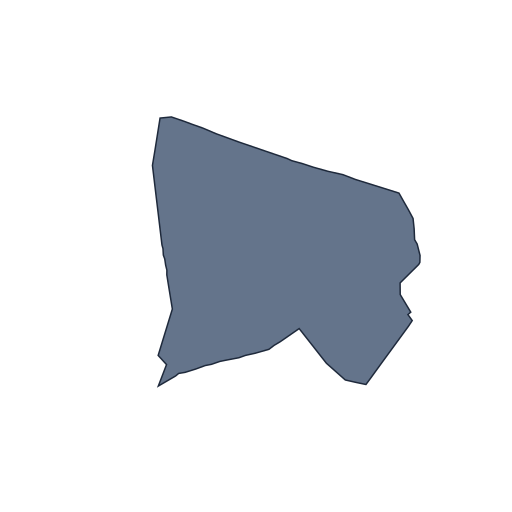 the district of Aleg, Brakna, Mauritania, rotated 326°
{"feature_id": "47542326B53604404291210", "entity_name": "Aleg", "entity_type": "district", "adm_level": 2, "iso_a3": "MRT", "parent_name": "Mauritania", "parent_adm1": "Brakna", "projection": "equal_earth", "projection_center": [-13.702, 17.041], "detail": "fine", "context": "isolated", "style": "filled", "palette": "slate", "viewbox_px": 512, "rotation_deg": 326, "n_neighbors": 0, "source": "geoboundaries", "source_scale": "gbopen_adm2", "svg_char_len": 997}
<svg xmlns="http://www.w3.org/2000/svg" viewBox="0 0 512 512"><g transform="rotate(326 256 256)"><path d="M409.7,283.8L381.2,248.1L373.5,237.1L363.0,226.0L353.3,214.6L346.5,205.8L338.9,196.9L336.5,192.9L305.2,151.5L291.2,132.2L283.5,120.3L276.7,111.1L271.7,104.1L263.6,93.4L253.6,88.0L231.2,112.0L220.8,123.0L184.2,194.3L183.0,197.9L179.7,203.4L178.7,207.4L177.7,209.5L176.0,213.0L174.2,217.9L171.5,221.8L170.3,224.4L167.5,230.4L157.0,253.2L119.3,283.7L121.1,296.0L102.3,309.2L122.3,310.5L126.2,310.1L132.1,312.8L137.1,314.3L142.8,316.0L152.6,318.4L158.5,320.9L167.1,323.2L172.9,325.6L185.0,330.8L191.7,332.5L200.8,336.1L214.6,340.6L221.1,340.2L228.0,340.6L251.2,340.3L254.4,384.3L260.7,408.7L268.2,416.7L275.3,424.0L282.1,421.6L299.6,415.2L343.1,399.5L349.4,396.9L349.2,389.5L352.9,389.1L354.0,368.6L360.4,358.9L386.2,354.0L388.3,352.9L392.3,347.3L396.3,336.2L396.6,331.2L402.3,321.9L407.2,312.7L408.2,302.9L409.0,292.3L409.7,283.8Z" fill="#64748b" stroke="#1e293b" stroke-width="1.5"/></g></svg>